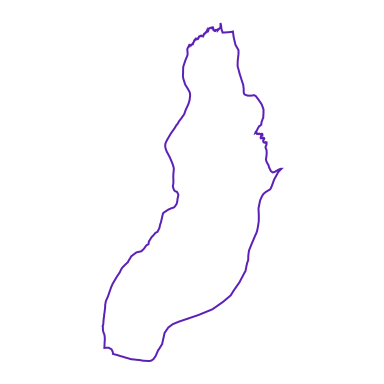 Ngoi, Louangphrabang, Laos (Equal Earth projection)
{"feature_id": "54806243B52412809783440", "entity_name": "Ngoi", "entity_type": "district", "adm_level": 2, "iso_a3": "LAO", "parent_name": "Laos", "parent_adm1": "Louangphrabang", "projection": "equal_earth", "projection_center": [102.68, 20.655], "detail": "fine", "context": "isolated", "style": "outline", "palette": "violet", "viewbox_px": 384, "rotation_deg": 0, "n_neighbors": 0, "source": "geoboundaries", "source_scale": "gbopen_adm2", "svg_char_len": 5909}
<svg xmlns="http://www.w3.org/2000/svg" viewBox="0 0 384 384"><path d="M187.5,51.4L187.6,53.8L187.5,55.0L187.1,56.2L186.3,58.1L185.3,60.5L184.9,61.8L183.8,65.0L183.3,66.6L183.2,68.0L183.1,69.8L183.1,72.5L183.0,74.4L182.9,75.7L183.1,77.6L183.5,79.3L184.1,81.1L184.9,83.7L185.6,85.3L187.9,88.9L188.8,90.5L189.5,91.8L190.0,93.5L190.1,95.8L189.9,97.4L189.6,100.0L189.1,101.9L188.5,103.7L188.0,104.9L187.2,106.7L186.2,108.8L185.4,110.7L184.9,112.2L184.4,113.7L183.8,114.8L182.7,116.3L181.2,118.5L180.0,120.0L178.8,121.6L178.2,122.9L177.3,124.2L176.2,125.4L175.0,127.6L173.6,129.6L172.5,131.1L171.2,133.0L170.3,134.4L169.2,136.3L168.2,138.0L167.0,140.1L166.1,141.9L165.7,142.9L165.3,144.2L165.2,146.1L165.5,148.2L166.9,152.0L167.9,153.6L168.6,155.1L169.4,156.5L170.2,158.2L170.9,159.9L171.9,162.3L172.8,164.6L173.5,166.9L173.8,168.6L173.7,170.9L173.4,173.6L173.3,175.7L173.3,177.9L173.4,180.8L173.4,182.7L173.2,184.5L172.8,186.1L173.0,186.7L173.3,188.1L174.0,190.0L175.1,191.2L176.9,191.8L178.2,194.2L178.3,195.4L177.9,197.2L177.5,198.9L177.4,200.4L177.1,202.2L176.7,203.7L175.8,205.2L174.6,206.8L173.8,207.5L171.2,208.3L168.5,209.5L164.5,212.1L163.0,213.3L160.9,222.5L160.1,224.6L159.4,228.0L157.5,231.8L155.3,233.0L153.8,234.9L151.8,236.9L148.9,241.4L148.5,244.2L146.3,245.4L144.0,248.7L141.3,251.3L136.4,252.4L134.4,253.9L131.1,256.4L130.4,257.9L128.5,260.8L128.0,262.1L127.3,262.7L125.8,264.1L122.2,267.7L121.0,269.7L119.8,272.3L118.9,273.7L118.3,274.6L117.1,276.3L115.0,279.8L112.6,283.9L111.7,286.0L111.1,287.3L110.6,288.8L109.7,291.4L108.9,293.7L108.3,295.5L107.9,296.5L107.4,297.7L106.2,300.3L105.7,301.7L105.6,302.8L105.2,304.8L105.1,308.1L104.8,310.1L104.5,312.8L104.3,313.6L104.1,315.1L104.1,316.3L103.8,317.9L103.5,320.7L103.4,322.7L103.2,324.9L102.6,326.0L102.9,327.1L102.9,327.7L102.9,329.7L103.2,331.4L103.7,333.0L104.2,334.1L104.6,335.8L104.8,338.5L104.8,339.8L104.6,342.2L104.6,343.5L104.5,344.8L104.4,347.9L106.8,347.7L108.8,347.8L109.7,348.3L111.3,349.2L111.7,349.7L112.1,350.3L112.3,350.9L112.6,351.7L112.8,352.3L113.1,353.5L113.0,353.9L115.0,354.5L115.6,354.6L117.1,355.0L118.7,355.5L120.4,356.1L121.2,356.3L123.1,356.8L124.2,357.2L127.0,358.0L127.8,358.2L128.4,358.4L129.2,358.6L129.8,358.9L130.2,359.0L132.6,359.4L133.5,359.4L137.5,359.9L139.5,360.0L142.4,360.6L144.3,360.8L149.1,361.0L150.8,360.8L151.7,360.3L153.5,359.1L155.7,355.9L158.2,350.1L158.7,349.6L162.1,344.1L164.6,332.9L168.3,327.5L172.7,324.2L179.0,321.6L198.2,315.1L212.4,309.3L223.1,301.8L230.7,295.4L233.8,290.4L239.4,282.4L244.5,272.7L245.5,271.0L246.6,265.3L247.2,262.9L248.2,260.1L248.3,255.6L249.0,250.5L251.6,244.0L253.8,238.9L254.9,236.2L256.3,233.2L257.1,230.8L257.6,228.5L258.1,225.8L258.4,223.6L258.7,221.9L258.8,218.7L258.8,215.6L258.5,208.4L259.0,206.0L259.5,203.3L260.2,200.2L262.0,196.2L263.4,194.0L265.6,192.1L268.2,190.5L269.8,189.6L270.5,188.8L271.1,187.7L271.4,186.8L271.9,185.8L272.1,185.1L272.7,183.6L274.1,179.6L277.1,174.2L277.9,172.6L278.9,171.3L280.1,170.1L281.4,168.8L280.6,168.8L278.5,169.7L274.5,172.0L272.6,172.4L270.8,171.0L269.0,167.2L268.4,164.9L267.7,164.0L266.3,161.1L265.9,159.1L266.4,156.8L266.7,152.9L266.5,150.0L265.5,147.4L265.7,146.5L265.8,146.0L266.0,145.6L266.3,145.4L266.3,145.0L266.4,144.5L266.6,144.1L266.6,143.6L266.3,143.3L266.4,142.7L266.5,142.4L266.2,142.3L265.9,142.4L265.7,142.1L265.4,142.2L265.1,142.6L264.9,142.7L264.5,142.4L264.2,142.5L263.7,142.4L263.6,142.0L263.3,141.7L263.1,140.8L263.3,140.5L263.5,140.1L263.7,139.8L264.0,139.2L264.3,138.4L263.9,137.9L263.6,137.8L263.2,138.1L262.8,138.0L262.4,138.4L262.0,138.4L261.7,138.3L261.4,138.0L261.1,137.9L260.7,138.1L260.6,137.9L260.7,137.3L260.8,136.9L261.0,136.3L261.4,136.0L261.6,135.7L262.1,135.8L262.3,135.7L262.5,134.7L262.3,134.4L262.2,133.9L261.8,133.9L261.4,133.8L260.9,134.1L260.5,134.4L260.3,134.3L260.0,134.2L259.5,133.6L259.2,133.7L258.8,133.7L258.3,134.1L258.1,134.0L257.5,133.9L257.0,133.9L257.0,133.7L257.0,133.2L256.7,133.1L256.1,133.1L255.5,133.0L255.3,133.1L255.8,131.7L256.6,131.0L257.8,128.5L258.6,127.1L259.2,126.1L259.8,125.9L260.8,125.1L261.3,124.7L261.4,122.6L262.8,118.6L263.2,117.9L263.5,112.9L263.5,109.4L261.7,104.4L258.6,99.8L255.9,96.2L254.2,95.2L250.9,95.7L247.6,95.6L245.6,94.9L244.6,94.4L244.1,93.8L243.7,92.2L243.7,88.8L243.2,84.9L239.8,74.3L237.6,66.1L237.7,60.9L238.5,53.9L238.5,50.2L235.5,44.9L233.7,37.3L232.9,31.5L231.4,31.9L228.6,32.2L222.6,32.6L222.4,32.0L222.4,31.7L222.0,30.8L221.7,29.9L221.4,28.7L221.3,27.7L221.2,26.7L221.0,25.3L220.5,23.0L220.5,24.4L220.5,25.4L220.5,26.5L220.3,27.7L219.5,28.5L219.2,28.8L219.0,29.0L218.1,30.0L218.2,29.2L217.7,29.5L217.5,29.8L217.2,29.9L216.3,29.8L215.7,29.9L215.5,30.1L215.7,30.7L215.6,30.9L215.0,31.1L214.1,30.6L213.9,30.0L213.8,29.8L213.4,29.9L213.2,29.6L213.2,29.2L213.2,28.8L213.2,28.2L213.2,27.8L212.9,27.3L212.5,27.4L212.2,27.3L211.7,27.5L211.5,28.2L211.2,28.2L211.0,27.9L210.4,27.8L210.0,27.9L209.1,28.3L208.8,28.8L208.6,29.7L208.3,30.4L208.0,31.4L207.8,31.4L207.5,31.6L207.3,31.6L207.1,31.4L207.0,30.6L206.8,31.1L206.8,32.0L206.5,32.2L206.0,32.0L205.7,32.4L205.5,32.7L205.4,33.1L205.2,33.2L204.9,33.2L204.7,33.5L204.5,34.1L204.3,34.2L203.9,34.0L203.7,34.3L203.7,35.0L203.5,35.7L203.2,35.8L203.0,36.0L202.9,36.4L201.7,35.8L201.6,36.1L201.3,36.2L201.0,35.8L200.7,35.7L200.4,35.9L200.2,36.0L199.9,36.3L199.6,36.2L199.3,36.3L199.0,36.6L198.8,36.9L198.8,37.6L198.4,37.8L198.1,38.2L198.1,38.8L197.9,39.0L197.5,38.7L197.3,38.6L197.0,38.6L196.6,39.3L196.3,39.2L196.0,38.7L195.7,38.6L195.5,38.9L195.5,39.4L195.3,39.9L194.9,40.1L194.7,40.4L194.5,40.1L194.3,40.3L193.9,41.3L193.6,42.4L193.4,42.8L193.1,42.9L193.0,43.2L192.9,44.3L192.6,44.4L192.2,44.2L191.9,44.4L191.5,44.5L191.3,45.1L191.0,45.5L190.5,45.4L190.1,45.4L190.0,45.6L189.8,46.0L189.7,45.9L189.7,45.0L189.6,44.8L189.4,44.8L189.1,45.2L188.7,46.1L188.5,46.6L188.4,47.1L188.1,47.4L187.8,47.9L187.4,48.8L187.3,49.7L187.3,50.5L187.5,51.4Z" fill="none" stroke="#5b21b6" stroke-width="2"/></svg>